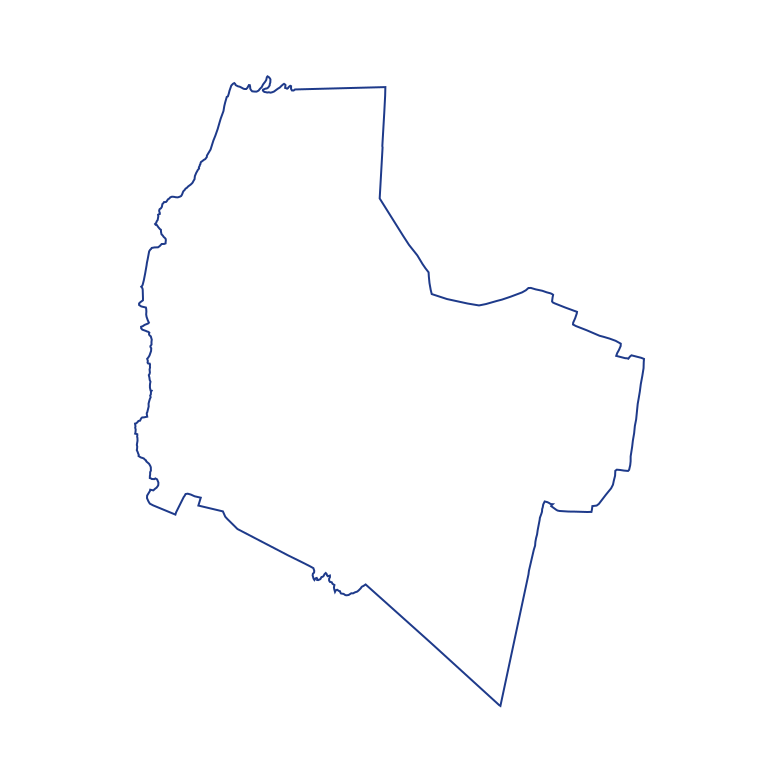 outline of Thma Koul, Batdâmbâng, Cambodia, rotated 282°
{"feature_id": "14789045B92416650165307", "entity_name": "Thma Koul", "entity_type": "district", "adm_level": 2, "iso_a3": "KHM", "parent_name": "Cambodia", "parent_adm1": "Batdâmbâng", "projection": "orthographic", "projection_center": [103.109, 13.249], "detail": "fine", "context": "isolated", "style": "outline", "palette": "blue", "viewbox_px": 768, "rotation_deg": 282, "n_neighbors": 0, "source": "geoboundaries", "source_scale": "gbopen_adm2", "svg_char_len": 6164}
<svg xmlns="http://www.w3.org/2000/svg" viewBox="0 0 768 768"><g transform="rotate(282 384 384)"><path d="M212.9,207.1L215.2,207.3L231.8,211.6L232.8,212.1L235.1,212.8L235.9,214.8L235.7,218.0L234.8,222.1L234.7,228.4L226.5,227.7L225.9,252.9L221.2,256.3L219.4,258.8L211.7,270.8L196.4,325.9L192.3,342.1L190.3,349.6L189.2,353.2L186.8,354.6L185.0,354.8L183.7,353.9L181.9,354.0L178.9,355.6L177.8,356.7L179.7,357.5L180.3,358.5L179.5,359.2L178.4,359.4L178.5,360.4L179.9,362.3L182.2,363.0L182.6,364.0L183.6,364.8L185.7,365.4L187.0,366.3L186.2,367.4L185.1,368.0L184.3,368.9L185.4,370.9L183.9,371.3L182.0,370.8L180.3,371.2L179.2,372.2L179.2,374.1L178.4,374.7L177.8,375.3L177.1,377.3L174.7,377.3L173.1,377.9L170.5,379.3L172.3,379.8L173.0,381.0L172.2,382.9L172.1,384.1L171.2,384.5L170.2,385.4L170.2,386.6L170.3,388.1L169.5,390.0L169.5,391.1L169.9,392.3L170.3,393.3L172.5,395.5L172.8,397.3L174.1,398.8L175.4,401.0L176.8,402.1L179.3,403.7L180.8,404.3L181.5,404.9L182.0,405.7L184.1,407.7L140.9,483.0L93.8,563.5L93.3,564.8L227.8,564.9L231.4,564.6L253.1,565.0L257.3,565.4L261.0,564.9L265.0,564.8L268.7,565.0L273.0,564.7L283.5,564.5L285.5,564.3L289.7,564.9L292.0,565.1L294.5,564.7L296.3,564.9L299.3,564.8L302.5,565.6L302.4,568.4L301.9,570.3L301.3,571.8L301.3,572.7L301.5,574.0L300.4,573.2L299.3,572.9L296.7,578.8L296.3,580.1L296.3,582.1L297.6,591.0L298.8,597.0L301.0,609.1L302.0,613.5L304.4,613.5L307.9,613.2L309.3,617.3L311.4,619.1L321.7,624.0L329.1,627.8L333.1,628.9L337.6,628.9L342.3,629.1L347.2,628.3L348.6,629.5L349.0,632.9L349.2,636.7L349.7,640.8L351.0,641.6L355.8,641.7L359.7,641.3L364.5,640.3L373.9,639.8L380.4,639.2L387.9,638.9L395.1,638.1L401.8,638.0L417.3,636.3L423.1,636.1L429.9,635.8L437.3,635.2L445.4,635.0L453.4,634.6L459.5,633.5L462.6,633.1L463.1,630.0L463.5,620.1L461.9,618.8L459.5,617.7L459.7,616.5L459.4,614.5L459.8,605.3L462.8,605.7L466.0,606.7L470.3,607.6L472.7,607.2L474.4,601.6L475.3,595.3L475.8,589.0L476.0,584.8L478.7,571.2L480.6,559.6L481.5,556.5L483.4,556.3L488.1,557.3L493.1,557.9L494.7,557.8L496.5,545.2L498.4,534.0L498.9,532.1L499.8,531.2L503.9,530.9L506.4,530.9L506.8,530.1L507.3,528.2L507.5,524.1L508.1,519.5L508.1,512.7L508.5,507.7L507.9,505.3L505.2,503.3L502.3,500.0L495.6,489.5L491.1,481.9L488.7,477.1L483.4,467.1L480.6,460.6L480.1,449.1L480.2,427.9L481.9,412.0L485.8,410.1L492.2,407.5L498.5,405.5L502.5,404.4L505.8,400.5L509.4,396.7L516.7,389.9L525.3,379.5L532.8,372.0L564.6,341.2L615.2,333.4L616.3,332.9L649.1,327.9L666.1,325.2L674.7,323.6L653.6,235.7L652.3,234.6L652.0,232.9L653.4,231.7L656.0,231.2L656.2,230.3L655.4,229.6L654.4,228.9L653.3,228.5L652.7,227.8L653.0,226.8L653.0,225.8L653.9,225.6L655.3,225.6L656.2,225.3L656.8,223.8L656.0,223.0L654.3,221.7L652.4,220.5L650.7,218.7L647.2,215.6L646.2,214.1L645.4,212.5L645.4,210.7L644.8,209.1L644.9,208.0L644.8,206.5L645.1,205.5L645.9,204.5L646.8,204.5L648.4,206.9L648.6,207.8L649.9,209.1L652.3,210.1L653.7,209.9L655.3,210.1L658.3,209.6L659.1,209.0L659.7,208.2L660.3,207.4L660.7,206.1L659.6,205.6L656.9,205.6L654.9,204.9L653.5,204.2L651.8,203.4L649.1,202.7L646.6,201.1L644.9,200.3L643.5,198.6L643.1,196.4L642.9,194.2L643.9,192.8L645.0,191.8L646.8,191.3L648.4,190.6L648.3,189.7L645.3,188.8L643.9,187.9L643.6,186.4L643.6,185.2L644.4,182.6L644.8,181.0L644.8,179.4L645.5,176.8L646.6,176.0L647.2,175.0L646.3,173.9L644.2,172.6L638.7,171.9L635.7,171.8L632.9,171.5L632.1,170.5L626.3,170.1L622.6,170.0L618.4,170.2L617.4,170.2L609.7,169.1L604.6,168.7L598.8,168.3L591.8,167.4L586.7,166.5L577.3,165.6L570.6,163.3L569.2,163.5L566.8,162.4L565.7,161.1L564.2,159.9L563.2,158.9L562.0,158.6L560.9,158.7L560.1,158.3L559.1,158.4L558.1,158.0L557.2,157.9L556.3,158.3L554.5,157.3L553.2,157.0L551.8,156.5L548.1,155.8L544.9,156.1L543.3,155.5L541.8,155.1L540.7,154.7L538.8,153.4L536.6,151.4L534.8,150.3L533.9,149.3L532.2,148.6L531.1,147.8L529.8,147.4L528.7,147.3L527.1,147.0L525.7,146.5L524.8,145.4L523.7,143.5L523.4,141.6L523.4,139.5L523.1,137.6L522.1,136.1L520.8,135.4L519.6,134.2L518.1,133.7L516.8,133.0L516.4,132.0L516.2,131.0L514.9,130.5L513.9,129.8L511.2,129.9L509.5,129.3L508.4,128.2L507.1,128.0L505.8,128.4L504.6,129.2L503.6,129.3L503.2,128.4L502.6,127.8L501.0,128.4L497.3,128.5L495.8,127.8L494.4,127.7L492.9,126.8L492.2,127.6L492.4,128.6L490.6,130.5L489.0,132.5L488.5,133.7L486.3,134.3L484.1,135.3L483.4,136.5L482.0,138.0L481.3,139.3L480.6,140.2L479.4,140.7L477.4,140.9L476.1,141.1L475.3,139.9L474.7,137.4L472.2,135.9L470.7,134.5L469.9,131.2L468.8,128.5L467.5,128.0L466.8,127.4L464.9,126.7L456.6,126.9L453.3,126.9L450.6,127.1L442.3,127.4L435.4,127.5L430.8,127.3L429.6,127.0L428.7,126.3L427.4,127.8L426.0,128.4L417.4,130.5L415.7,130.8L413.4,128.7L411.9,127.7L410.4,128.0L409.4,130.4L409.3,135.2L408.0,135.8L405.4,136.5L402.6,136.9L400.3,137.8L397.2,139.7L395.1,141.3L394.1,140.6L392.0,137.5L390.4,136.0L389.5,134.5L388.0,134.9L386.9,136.3L386.4,140.1L386.1,141.3L386.0,142.7L385.4,143.8L384.5,143.7L383.6,143.9L382.8,144.6L382.1,146.0L379.1,147.6L376.8,147.8L374.2,148.4L372.4,147.6L371.3,148.1L370.6,148.9L367.8,149.3L363.1,148.7L360.8,147.9L359.4,147.1L357.5,148.2L355.7,148.3L355.0,149.1L355.2,150.6L354.3,151.1L352.8,151.3L351.6,151.7L349.4,151.7L346.6,152.6L345.1,152.6L343.8,152.1L341.5,153.2L339.2,154.0L337.7,155.1L335.9,155.1L334.1,155.3L331.8,155.8L329.1,157.0L329.1,158.1L327.8,157.7L325.4,158.1L324.1,157.7L322.5,158.5L320.8,158.1L318.5,157.9L315.8,157.8L313.1,158.5L307.2,158.3L306.2,158.0L305.3,158.2L302.8,159.2L301.4,156.0L301.0,154.4L300.2,153.8L299.1,153.4L297.4,153.0L296.8,151.5L295.7,151.0L294.1,149.9L293.5,148.7L290.9,149.7L289.6,149.7L287.7,150.6L284.6,151.0L283.7,150.9L283.6,153.1L282.4,153.4L281.0,153.5L280.1,154.0L277.2,154.7L273.0,154.9L271.6,155.6L268.8,156.0L268.0,155.9L266.1,157.3L265.0,157.9L263.8,158.8L262.5,158.9L261.7,161.1L261.5,162.0L261.5,162.9L261.2,164.6L260.5,165.5L259.7,167.2L258.9,167.5L257.1,170.8L255.3,172.4L254.1,173.2L250.8,174.0L249.2,173.6L246.6,174.1L245.5,174.1L243.3,174.5L243.2,175.6L242.8,176.6L243.2,179.1L244.1,180.0L243.5,181.9L240.7,183.8L239.1,184.1L237.8,184.2L235.3,183.1L234.0,181.9L232.0,180.5L232.0,177.3L230.7,177.3L225.6,175.5L223.1,175.9L220.2,178.0L218.3,179.8L217.3,183.3L212.9,207.1Z" fill="none" stroke="#1e3a8a" stroke-width="2"/></g></svg>